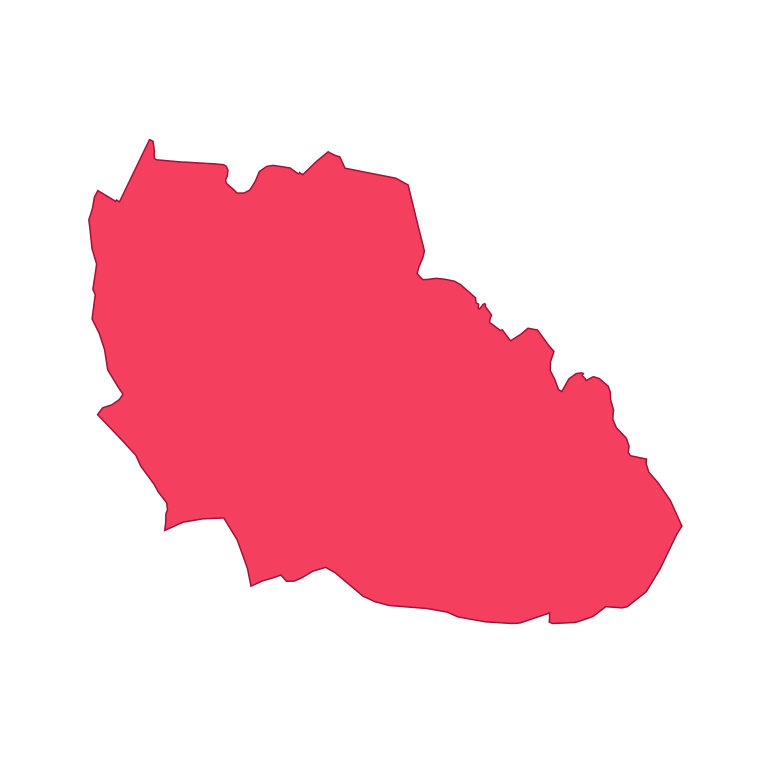 the district of Kereneik, Western Darfur, Sudan, rotated 277°
{"feature_id": "16777658B41209809376669", "entity_name": "Kereneik", "entity_type": "district", "adm_level": 2, "iso_a3": "SDN", "parent_name": "Sudan", "parent_adm1": "Western Darfur", "projection": "albers", "projection_center": [22.962, 13.294], "detail": "fine", "context": "isolated", "style": "filled", "palette": "rose", "viewbox_px": 768, "rotation_deg": 277, "n_neighbors": 0, "source": "geoboundaries", "source_scale": "gbopen_adm2", "svg_char_len": 4639}
<svg xmlns="http://www.w3.org/2000/svg" viewBox="0 0 768 768"><g transform="rotate(277 384 384)"><path d="M167.9,576.9L166.8,580.4L170.6,602.9L175.9,614.2L178.9,619.9L190.0,631.3L190.8,647.5L192.5,652.5L209.9,669.7L234.2,680.6L270.3,692.8L279.3,697.0L279.4,696.9L303.3,682.4L319.2,668.2L325.5,661.3L328.8,657.6L336.8,653.9L341.5,653.7L341.8,649.2L342.3,643.9L342.8,637.6L342.9,637.4L343.2,637.1L343.4,636.9L344.7,635.8L345.4,635.1L345.8,634.8L349.0,634.8L350.2,634.8L352.1,634.8L356.5,632.7L359.3,631.4L359.6,631.3L359.8,631.1L360.4,630.4L363.6,626.4L364.1,625.8L365.4,624.3L366.7,622.7L368.9,620.0L376.8,615.4L382.2,615.1L386.3,615.0L392.1,612.5L395.3,611.2L395.9,610.9L396.0,610.9L396.5,610.7L398.3,610.5L398.6,610.4L400.4,610.1L401.1,610.0L402.7,609.8L403.3,609.7L404.0,609.4L405.3,608.7L406.1,608.3L409.1,606.8L409.2,606.7L409.3,606.6L409.6,606.0L410.1,605.3L410.3,605.1L410.7,604.4L410.9,604.1L412.6,601.6L413.0,601.0L415.5,597.2L415.7,596.9L416.4,593.1L416.8,591.0L416.8,590.9L416.4,590.4L416.1,589.9L415.4,588.9L415.2,588.6L412.4,584.7L412.1,584.3L412.2,584.2L412.3,584.1L412.5,584.0L412.6,583.9L412.9,583.7L413.0,583.6L413.5,583.2L414.0,583.0L414.1,582.8L414.2,582.7L414.3,582.5L414.5,582.2L415.0,581.7L416.0,580.3L416.3,579.9L416.4,579.7L416.6,579.6L417.0,579.8L417.8,580.2L418.2,580.4L418.4,580.4L418.7,580.6L419.1,578.6L417.8,573.5L411.5,566.8L398.2,561.4L399.7,557.9L409.8,552.7L417.5,547.4L426.5,546.6L437.0,548.7L442.4,542.7L456.3,529.8L456.9,520.1L449.9,513.6L442.3,504.3L446.4,500.3L452.1,495.0L451.4,492.7L455.9,485.1L457.2,482.5L457.8,481.4L461.0,481.3L465.6,482.3L473.3,475.1L474.8,475.2L476.1,474.3L475.1,472.6L472.1,471.1L471.8,470.6L471.1,470.3L470.1,469.2L470.5,468.2L472.1,468.3L473.3,468.2L474.7,468.2L475.3,466.9L475.9,465.5L478.3,464.9L480.7,464.4L481.6,463.0L481.8,462.7L487.0,455.1L489.3,451.7L489.6,451.3L491.8,448.1L493.8,443.4L494.5,441.9L494.6,441.6L494.6,441.2L494.8,439.3L495.3,432.6L495.4,431.2L495.3,423.3L493.0,413.9L492.3,409.9L492.7,409.3L495.3,406.0L497.8,403.4L498.5,403.5L504.3,404.4L507.3,405.2L512.2,406.6L514.4,407.2L517.8,407.6L520.4,407.8L520.8,407.8L521.0,407.8L521.4,407.7L521.7,407.6L521.8,407.5L522.0,407.5L522.5,407.3L527.5,405.4L536.8,401.8L538.9,401.0L539.1,400.9L540.4,400.4L543.6,399.1L571.0,388.8L584.4,383.7L584.5,383.7L589.7,370.7L592.3,334.3L592.8,328.5L593.3,321.1L593.3,320.8L593.3,320.3L593.4,319.3L593.4,319.2L593.5,318.9L594.3,318.5L595.4,317.8L597.3,316.6L602.6,313.4L603.2,313.0L603.6,312.7L604.0,312.5L604.2,312.2L604.3,311.4L604.4,310.6L604.7,308.7L604.8,308.0L605.5,306.0L606.4,303.5L606.5,303.2L606.8,302.2L607.3,301.1L607.5,300.7L607.7,300.3L604.3,297.1L601.9,294.8L600.0,293.0L596.2,289.4L594.5,288.1L594.4,288.0L594.0,287.6L592.2,286.2L591.2,285.4L590.6,284.9L589.4,284.0L587.0,282.1L586.8,281.9L585.1,280.5L582.1,278.1L582.5,277.5L582.1,277.1L583.5,274.5L583.1,274.4L582.1,273.3L587.0,264.4L587.5,247.9L587.5,247.2L585.6,241.0L579.7,234.4L570.4,231.8L569.5,231.5L569.2,231.3L567.7,230.8L567.2,230.5L565.6,229.8L560.1,227.1L556.5,221.9L556.5,221.7L556.4,221.4L556.4,221.1L556.3,220.6L556.3,220.3L556.3,220.0L556.2,219.5L556.2,219.3L556.1,219.0L556.1,218.8L556.1,218.6L556.0,218.2L555.9,217.3L555.7,215.6L555.6,215.1L556.2,214.2L557.1,213.0L558.3,211.5L558.7,211.0L560.1,208.9L561.4,206.8L562.4,205.4L564.0,203.1L567.2,201.9L571.5,203.1L577.0,203.1L580.8,201.0L582.1,198.1L582.1,196.6L582.1,196.1L582.1,195.9L582.1,195.7L582.0,194.7L581.9,188.7L581.3,180.9L581.2,178.8L580.8,172.7L580.4,166.5L580.4,166.2L580.2,162.7L580.1,161.0L579.7,157.4L579.7,156.8L579.6,154.6L579.6,154.0L579.3,145.5L579.0,136.5L579.0,135.4L578.9,134.2L578.8,131.0L579.7,128.9L583.3,127.9L585.1,127.8L587.0,127.8L596.7,125.2L597.7,122.9L597.8,122.7L597.8,122.1L597.8,121.6L597.8,121.4L533.0,99.4L532.6,99.2L534.0,96.0L532.6,95.4L541.1,76.4L540.8,76.3L540.0,76.0L534.3,73.8L532.6,73.7L522.6,73.2L517.0,72.2L511.0,71.0L501.2,73.5L483.0,77.6L468.1,84.1L464.0,84.1L442.5,83.5L437.4,86.5L413.0,86.3L399.7,95.1L384.2,102.4L364.3,108.1L348.8,120.3L342.0,126.1L336.4,123.3L330.2,116.4L326.1,107.7L318.7,103.4L299.1,127.4L283.0,146.4L272.7,152.7L256.8,167.7L252.2,171.1L249.3,173.1L239.5,182.8L232.8,184.4L228.8,183.4L220.4,184.2L211.9,184.2L222.3,201.3L228.0,220.2L231.0,238.2L231.6,241.3L211.3,257.3L197.7,264.2L191.7,267.2L184.2,271.0L167.1,276.6L173.8,287.4L178.1,297.6L181.8,305.0L176.3,311.2L177.5,319.1L182.0,326.5L189.5,336.1L194.9,348.4L190.8,358.4L171.9,387.4L170.9,388.8L166.8,401.6L164.8,416.3L166.4,454.2L165.3,474.4L161.8,485.9L160.3,513.6L161.8,539.2L162.5,544.3L163.6,548.6L176.9,576.2L172.6,576.8L169.6,577.0L167.9,576.9Z" fill="#f43f5e" stroke="#9f1239" stroke-width="1.5"/></g></svg>